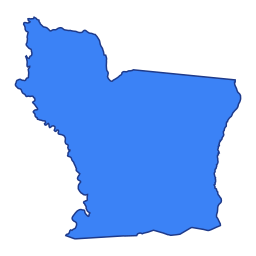 Paranaíta, Mato Grosso, Brazil (Robinson projection)
{"feature_id": "56859067B42865578670852", "entity_name": "Paranaíta", "entity_type": "district", "adm_level": 2, "iso_a3": "BRA", "parent_name": "Brazil", "parent_adm1": "Mato Grosso", "projection": "robinson", "projection_center": [-56.79, -9.567], "detail": "fine", "context": "isolated", "style": "filled", "palette": "blue", "viewbox_px": 256, "rotation_deg": 0, "n_neighbors": 0, "source": "geoboundaries", "source_scale": "gbopen_adm2", "svg_char_len": 5613}
<svg xmlns="http://www.w3.org/2000/svg" viewBox="0 0 256 256"><path d="M34.1,17.2L33.5,18.6L30.3,18.9L29.2,18.6L28.0,18.8L28.2,20.2L29.0,21.2L30.0,21.7L29.7,22.4L28.0,22.9L27.2,23.0L26.2,22.7L24.8,22.5L23.9,22.9L23.6,24.2L24.6,26.0L25.1,27.5L25.1,28.4L25.2,29.5L25.7,30.5L26.4,31.4L27.5,31.7L28.1,32.3L27.2,36.3L27.1,37.4L27.4,38.2L27.4,39.3L27.0,42.6L26.3,43.8L26.2,44.8L26.6,45.6L28.9,48.2L29.7,48.7L30.9,49.2L31.4,50.2L31.4,51.3L31.8,52.3L31.9,53.4L31.8,54.5L31.5,55.5L29.9,56.4L29.5,57.6L29.1,58.5L28.2,58.3L27.6,57.8L27.1,57.2L26.4,55.9L25.7,56.5L26.2,57.7L26.8,59.7L27.1,61.0L27.2,62.3L27.0,64.6L27.1,66.2L27.7,66.9L28.6,66.5L29.7,66.3L29.7,67.1L28.6,68.7L28.2,69.5L28.6,71.9L28.7,73.0L28.5,75.4L28.4,77.5L27.8,77.9L26.8,78.1L26.0,79.1L25.5,80.3L24.6,80.6L23.4,80.3L22.5,80.3L21.6,80.0L20.3,79.3L19.2,79.4L18.2,79.9L17.1,80.3L16.5,81.1L16.0,83.0L15.5,83.9L15.4,85.0L16.0,86.2L18.2,88.4L20.5,89.0L21.1,89.6L22.0,91.8L22.5,92.8L23.3,93.5L24.9,94.4L25.4,95.2L25.8,96.0L26.6,96.5L28.5,96.1L30.1,96.5L31.1,96.2L31.9,96.2L32.7,96.2L33.3,96.7L33.6,97.6L34.6,98.0L35.0,100.0L34.6,100.9L33.7,101.4L32.7,102.2L33.2,103.2L34.4,104.2L36.0,106.5L37.4,108.3L37.6,109.3L36.8,109.9L35.9,109.8L34.8,110.1L33.9,110.8L33.2,111.9L34.0,113.0L34.8,113.8L35.0,114.8L35.1,116.0L35.9,117.1L37.1,117.7L37.2,118.7L37.6,119.3L38.6,119.4L39.5,119.9L41.6,120.3L42.8,120.8L44.9,120.9L45.5,121.9L45.5,122.8L44.5,123.6L44.8,124.7L45.5,125.1L46.5,124.8L47.3,124.0L48.2,123.4L48.8,124.0L49.0,125.0L49.1,126.3L49.6,127.5L50.4,127.4L51.3,126.6L52.1,126.0L53.6,125.8L54.9,126.8L55.0,128.1L54.2,130.3L54.9,131.1L55.7,131.4L56.4,130.9L57.0,130.0L58.2,130.2L58.6,131.0L58.1,133.0L58.5,133.9L59.2,134.2L61.8,134.7L63.9,135.6L65.3,137.7L65.4,138.9L65.1,141.6L65.3,142.5L65.7,143.5L66.5,144.2L67.7,144.6L68.2,145.7L68.0,146.8L67.8,147.6L68.6,149.9L69.8,149.9L69.9,150.8L68.7,151.9L68.2,152.6L68.0,153.4L68.0,154.6L67.6,155.7L68.1,156.3L69.0,156.5L70.0,156.9L70.8,157.4L71.3,158.1L71.8,159.7L72.2,160.5L73.7,162.3L74.0,163.3L74.5,164.4L75.4,166.2L75.9,167.7L76.5,168.8L76.2,169.6L76.3,170.6L78.9,173.0L79.8,173.7L79.3,174.9L78.7,175.6L77.7,177.4L77.5,178.5L78.0,179.7L80.5,181.3L80.6,182.1L79.7,183.2L78.7,184.7L78.4,185.7L78.3,186.6L78.3,188.9L79.6,191.1L80.5,192.2L81.3,193.1L82.2,193.5L83.5,194.6L85.3,195.0L87.5,194.5L87.4,195.7L87.2,196.7L87.2,198.1L87.3,199.8L86.7,200.6L85.7,200.8L85.0,201.3L84.1,201.5L83.6,202.2L83.8,203.1L84.6,203.8L85.1,205.0L85.8,206.0L86.2,207.1L86.1,208.3L87.3,210.9L87.8,211.5L89.9,213.0L89.2,214.0L88.9,215.9L88.2,216.3L87.3,215.7L86.1,214.4L85.5,213.6L84.8,212.3L84.7,210.9L83.9,210.0L82.7,210.0L81.0,209.5L79.5,209.7L77.3,210.9L75.5,212.8L73.0,216.1L72.3,217.3L72.1,218.4L72.4,219.5L72.9,220.2L73.9,221.1L75.3,221.8L75.9,222.3L76.4,222.9L76.6,224.0L76.5,225.4L76.1,226.4L75.8,227.3L75.2,228.3L73.1,229.4L71.9,230.4L70.8,229.9L70.0,230.5L69.5,232.0L69.0,233.2L68.1,234.0L67.0,234.2L66.2,234.7L65.8,235.6L73.5,238.4L74.9,238.8L75.8,238.8L116.5,236.3L123.6,235.9L124.7,236.0L136.7,235.6L137.5,234.0L138.3,233.5L139.6,233.1L140.6,233.1L141.5,233.4L142.2,233.8L143.5,233.2L148.1,232.1L153.5,230.2L163.2,233.0L167.9,234.7L168.7,234.7L170.7,235.3L176.6,234.7L180.0,234.2L191.0,227.7L192.1,227.5L203.4,229.4L207.4,230.4L208.2,230.5L209.3,230.3L211.0,229.7L216.9,227.0L218.7,226.3L220.4,225.5L220.3,223.9L217.6,218.3L216.6,217.1L216.5,215.8L216.6,214.5L217.4,211.9L217.6,209.8L217.7,207.5L218.0,206.1L218.5,205.1L219.2,204.1L220.5,202.9L221.1,202.1L221.4,200.8L221.2,198.9L220.7,198.0L219.9,197.1L219.5,196.3L218.3,194.8L217.8,193.7L217.7,191.9L217.1,191.3L216.7,190.5L216.4,189.0L214.8,187.9L215.0,186.9L214.6,185.8L214.1,184.9L215.2,184.1L215.0,182.7L215.6,181.9L215.6,179.6L215.2,178.9L215.6,177.9L214.8,176.5L214.5,174.8L214.2,173.9L214.4,172.7L215.1,171.8L215.0,170.4L215.2,169.2L216.0,168.6L216.2,167.7L216.8,165.8L216.5,164.9L217.3,164.1L217.9,162.6L218.0,161.3L217.7,160.0L217.8,158.9L217.5,157.8L217.4,156.7L217.5,155.3L218.4,154.8L218.2,153.8L218.3,153.0L219.2,153.0L218.8,151.5L217.7,149.7L218.1,148.6L218.4,147.2L218.3,146.3L219.0,146.1L219.4,145.2L218.9,144.5L219.3,143.5L219.5,142.2L220.4,141.4L220.2,140.4L221.1,140.2L221.9,139.2L222.2,137.6L223.4,135.9L223.8,134.8L223.4,133.2L223.4,131.4L224.2,130.5L224.5,128.6L225.3,127.2L226.2,126.3L226.3,125.4L226.3,123.9L226.6,122.1L227.5,121.7L227.7,120.5L229.0,118.5L229.9,117.5L231.3,116.3L231.8,115.4L232.7,113.1L234.7,110.7L236.7,108.7L237.5,107.6L238.1,106.0L238.4,104.4L239.1,103.0L239.7,102.0L240.2,100.6L240.6,99.0L240.6,97.8L240.5,95.6L240.0,94.6L239.6,93.9L237.8,92.2L237.0,90.4L236.5,88.6L235.0,85.4L234.7,84.3L234.5,82.2L235.2,82.0L235.2,79.9L133.2,69.8L132.5,70.4L129.9,70.9L129.1,70.8L128.2,71.0L127.4,71.5L126.5,71.8L123.9,71.6L123.1,71.8L122.0,72.7L121.8,73.8L121.3,74.7L120.4,75.3L119.7,75.7L118.5,76.9L116.5,78.3L114.2,79.7L113.4,80.0L112.8,80.7L112.1,81.2L111.3,81.2L110.3,80.8L108.4,78.7L107.5,76.7L107.8,75.5L108.2,73.2L108.0,72.2L106.9,70.6L106.6,69.5L106.3,65.8L106.5,61.7L106.4,60.7L106.6,58.8L106.5,58.0L105.7,55.2L104.1,55.0L103.9,54.2L103.6,52.2L103.3,51.1L102.9,50.2L102.7,49.2L102.4,48.3L101.0,46.1L100.3,44.5L99.5,40.7L99.1,39.9L97.1,36.7L95.2,34.5L94.2,34.4L91.7,33.4L89.8,33.2L89.0,32.9L87.4,31.9L85.8,30.6L84.9,30.3L84.0,30.5L83.3,31.0L82.7,31.8L81.8,32.4L80.0,32.6L78.1,32.3L75.9,31.4L73.1,31.1L71.1,30.7L70.2,30.4L69.4,30.5L68.4,30.5L64.9,29.9L64.0,29.6L62.1,28.1L61.3,27.8L60.2,27.7L58.3,28.2L56.1,29.6L55.2,29.8L53.6,29.7L52.7,29.9L51.1,30.8L50.2,30.9L49.4,30.4L49.0,29.7L47.0,27.9L45.9,27.4L43.3,26.8L40.3,23.9L39.8,22.5L39.0,21.6L39.0,20.2L36.9,19.4L36.4,18.5L34.1,17.2Z" fill="#3b82f6" stroke="#1e3a8a" stroke-width="1.5"/></svg>